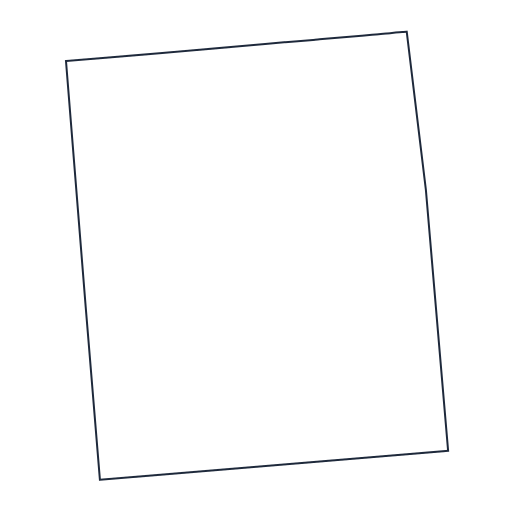 the district of Winneshiek, Iowa, United States of America, rotated 355°
{"feature_id": "52423323B22827021429588", "entity_name": "Winneshiek", "entity_type": "district", "adm_level": 2, "iso_a3": "USA", "parent_name": "United States of America", "parent_adm1": "Iowa", "projection": "orthographic", "projection_center": [-91.743, 43.291], "detail": "fine", "context": "isolated", "style": "outline", "palette": "slate", "viewbox_px": 512, "rotation_deg": 355, "n_neighbors": 0, "source": "geoboundaries", "source_scale": "gbopen_adm2", "svg_char_len": 542}
<svg xmlns="http://www.w3.org/2000/svg" viewBox="0 0 512 512"><g transform="rotate(355 256 256)"><path d="M430.4,466.8L431.0,205.0L425.7,45.7L422.5,45.7L421.3,45.6L420.9,45.6L418.5,45.6L414.9,45.5L408.6,45.8L407.6,45.8L404.6,45.7L400.9,45.7L396.1,45.8L391.0,45.7L381.9,45.8L360.1,45.7L338.7,45.6L336.4,45.7L334.0,45.7L332.7,45.8L315.9,45.7L304.0,45.6L302.9,45.5L284.2,45.6L282.5,45.6L269.6,45.6L250.6,45.6L184.3,45.6L178.5,45.6L83.7,45.2L81.9,291.5L81.7,334.4L81.0,465.3L430.4,466.8Z" fill="none" stroke="#1e293b" stroke-width="2"/></g></svg>